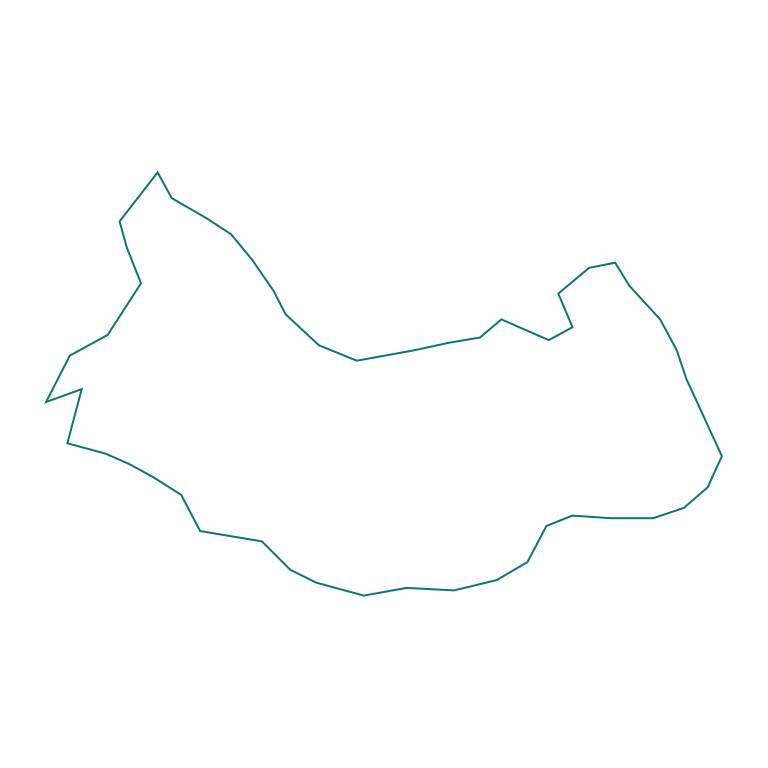 outline of Kokkinotrimithia, Nicosia, Cyprus
{"feature_id": "46923920B32049990820743", "entity_name": "Kokkinotrimithia", "entity_type": "district", "adm_level": 2, "iso_a3": "CYP", "parent_name": "Cyprus", "parent_adm1": "Nicosia", "projection": "equal_earth", "projection_center": [33.202, 35.161], "detail": "fine", "context": "isolated", "style": "outline", "palette": "teal", "viewbox_px": 768, "rotation_deg": 0, "n_neighbors": 0, "source": "geoboundaries", "source_scale": "gbopen_adm2", "svg_char_len": 759}
<svg xmlns="http://www.w3.org/2000/svg" viewBox="0 0 768 768"><path d="M615.2,262.7L589.1,267.8L558.3,293.6L572.5,327.2L548.8,340.1L525.1,329.8L501.4,319.4L480.0,337.5L449.2,342.7L413.6,350.4L356.7,360.7L318.8,345.2L285.6,314.3L273.7,291.1L252.4,260.1L231.1,234.3L207.4,218.8L171.8,198.2L157.6,172.4L119.6,221.4L126.7,247.2L141.0,283.3L107.7,334.9L69.8,355.6L46.1,402.0L81.7,389.1L67.4,443.3L105.4,453.6L129.1,464.0L152.8,476.9L181.2,494.9L200.2,531.1L261.9,541.4L290.3,569.8L316.4,582.7L363.8,595.6L406.5,587.9L454.0,590.4L496.6,580.1L527.5,562.0L546.4,525.9L572.5,515.6L610.5,518.2L653.2,518.2L684.0,507.8L707.7,487.2L721.9,456.2L705.3,420.1L686.3,378.8L676.8,350.4L660.2,319.4L629.4,285.9L615.2,262.7Z" fill="none" stroke="#0f766e" stroke-width="2"/></svg>